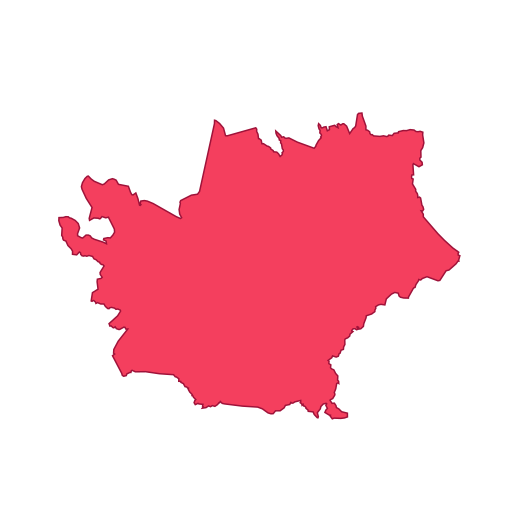 Mambasa, Orientale, Democratic Republic of the Congo, rotated 10°
{"feature_id": "63176286B5401694360976", "entity_name": "Mambasa", "entity_type": "district", "adm_level": 2, "iso_a3": "COD", "parent_name": "Democratic Republic of the Congo", "parent_adm1": "Orientale", "projection": "mercator", "projection_center": [28.693, 1.532], "detail": "fine", "context": "isolated", "style": "filled", "palette": "rose", "viewbox_px": 512, "rotation_deg": 10, "n_neighbors": 0, "source": "geoboundaries", "source_scale": "gbopen_adm2", "svg_char_len": 6092}
<svg xmlns="http://www.w3.org/2000/svg" viewBox="0 0 512 512"><g transform="rotate(10 256 256)"><path d="M145.1,396.8L146.6,397.4L149.0,396.3L149.3,394.5L152.0,392.6L153.0,392.4L153.2,390.5L153.9,390.1L157.3,391.0L167.3,389.1L181.3,388.7L195.4,387.2L197.5,389.0L198.5,388.9L201.3,390.3L201.7,392.8L203.7,392.6L204.0,393.5L206.7,394.3L208.8,397.0L210.5,397.0L211.8,398.1L212.4,397.9L212.5,399.2L214.4,401.5L217.3,403.6L217.2,404.6L218.1,404.7L219.0,406.0L221.6,407.8L220.9,408.9L220.5,411.2L222.0,412.9L224.5,411.2L225.4,411.6L229.5,411.3L229.4,413.2L230.1,413.7L229.5,415.2L233.1,414.0L235.3,411.9L237.4,412.3L239.0,410.9L241.6,411.2L243.9,409.0L245.0,406.9L245.6,406.9L246.1,405.5L248.3,407.0L250.7,407.1L268.6,406.2L283.9,404.5L288.8,405.4L295.0,408.4L298.1,408.8L300.3,408.3L302.1,405.1L306.7,404.2L310.1,400.6L310.9,398.0L315.0,396.4L315.8,394.1L316.8,394.7L318.0,394.4L319.6,392.9L325.1,390.5L325.4,392.2L325.0,392.8L326.7,393.7L327.3,395.0L328.1,393.9L328.9,395.4L330.1,395.5L331.5,396.5L331.6,397.3L333.9,398.6L334.4,399.9L339.3,399.6L340.9,402.0L344.4,404.6L345.1,404.6L345.3,403.4L343.6,399.7L345.9,395.3L346.0,393.0L348.0,390.0L350.6,388.9L351.3,389.3L350.7,390.9L352.8,393.7L351.6,395.5L351.0,398.1L355.9,400.0L357.0,399.9L356.9,400.8L359.4,403.1L361.1,402.1L367.7,401.2L371.3,400.1L374.0,398.6L373.3,394.9L367.4,394.5L364.1,392.2L361.5,391.3L360.7,389.4L358.7,387.3L356.5,387.9L354.0,385.3L354.1,384.7L356.3,383.1L357.7,379.4L357.7,378.4L356.8,376.8L357.6,373.0L357.6,367.6L358.8,366.7L359.6,367.1L359.1,365.0L357.9,364.1L357.4,359.9L354.8,357.8L352.4,354.6L350.0,354.0L348.8,353.1L348.6,350.2L346.4,349.3L346.2,347.0L345.1,346.3L348.3,343.0L348.7,341.1L352.5,341.6L354.5,340.4L354.8,337.8L355.7,337.1L356.1,334.0L358.3,332.8L358.1,330.3L358.9,327.7L358.0,323.2L358.3,322.1L360.5,320.7L362.2,318.5L362.1,316.7L364.6,313.6L363.2,313.2L363.2,312.7L364.3,310.8L366.2,310.4L367.7,311.2L368.9,310.6L369.3,310.1L367.7,308.4L368.0,308.0L369.4,308.4L370.1,310.1L371.8,309.5L374.0,306.7L373.9,304.0L375.1,297.8L375.0,295.7L380.0,293.0L382.7,290.1L382.5,288.4L383.1,286.7L382.6,285.1L385.2,282.8L387.5,281.9L391.4,281.8L391.8,275.6L396.0,270.0L399.0,267.8L402.5,267.9L403.9,270.6L405.4,271.5L408.8,271.7L413.4,271.0L413.3,269.9L416.4,261.0L416.9,260.0L418.1,259.3L418.4,256.5L420.4,251.9L420.3,250.9L422.4,251.0L423.7,249.3L428.0,246.7L439.5,248.8L441.3,248.1L445.8,237.5L448.5,236.3L454.4,228.9L455.7,226.1L456.7,225.8L456.3,225.0L456.7,220.3L455.0,220.0L454.6,218.3L455.0,217.1L448.2,213.8L438.9,207.9L431.3,202.5L414.0,188.4L413.5,185.8L410.8,182.8L412.3,182.7L413.0,180.9L411.8,178.4L410.6,177.2L408.0,170.3L406.7,169.6L405.1,170.3L404.8,168.3L404.0,166.5L402.0,164.5L401.7,162.6L397.6,157.9L397.4,152.9L395.9,152.6L395.4,150.8L395.4,149.2L397.1,148.7L394.7,139.0L395.0,137.7L401.0,139.8L404.0,137.3L403.3,134.9L400.6,132.9L400.3,131.3L401.3,130.0L400.0,123.6L401.3,120.4L401.7,115.5L399.1,107.9L398.8,105.1L396.0,104.7L393.9,105.5L391.8,105.6L389.8,104.5L385.8,104.8L382.5,106.4L379.2,106.9L374.8,108.8L374.8,110.0L370.7,111.2L369.3,113.7L365.7,113.9L365.0,115.2L364.0,115.7L360.7,115.5L357.3,116.7L351.0,117.3L349.4,116.3L348.3,116.6L346.9,115.6L346.4,114.0L344.1,112.8L342.3,112.6L341.7,109.0L336.5,99.9L335.5,96.8L332.3,97.7L331.4,99.1L331.6,110.7L330.8,112.4L329.5,113.7L327.0,119.2L322.7,112.4L319.5,110.5L318.3,110.8L316.8,112.3L314.2,111.3L313.1,112.6L314.5,115.4L312.4,114.8L310.8,113.6L305.7,116.0L306.4,118.8L304.5,120.3L302.5,116.5L300.3,117.3L299.3,118.2L297.9,118.4L296.7,116.2L294.7,114.8L294.6,116.8L296.0,119.9L297.3,121.2L297.5,123.7L299.2,125.0L299.6,126.2L299.0,127.6L299.6,128.3L297.6,131.4L295.8,136.6L295.9,137.4L294.6,139.8L277.0,136.7L267.9,134.0L265.2,134.9L264.0,134.8L262.6,133.8L260.6,134.6L259.5,133.1L253.8,129.5L254.4,131.7L255.9,134.0L258.3,136.1L258.8,137.7L260.3,138.1L260.6,140.3L261.6,141.1L263.3,145.8L264.4,146.7L264.8,148.2L263.7,149.9L264.3,150.7L264.1,151.8L262.5,153.8L260.4,151.4L258.4,150.1L255.2,150.3L254.6,149.2L251.9,148.0L251.6,147.0L249.3,145.9L247.8,145.8L243.9,144.1L242.3,144.4L241.0,141.0L238.8,139.9L238.1,140.0L236.8,135.7L235.0,133.2L234.7,131.0L233.5,129.8L206.7,142.7L205.1,142.8L201.8,135.7L197.1,131.8L192.9,129.6L191.6,129.5L192.1,132.9L189.2,202.2L187.7,205.3L181.8,207.3L172.2,214.5L171.8,216.2L172.4,217.5L172.2,223.6L173.6,228.0L176.1,231.2L175.1,232.2L170.6,231.1L145.6,222.2L139.4,220.8L136.4,220.8L133.0,221.9L132.8,224.5L133.8,225.4L133.2,226.3L132.5,226.2L129.7,219.9L126.7,214.8L124.3,217.2L123.1,217.2L121.4,215.1L118.2,209.5L108.1,209.3L105.1,205.6L103.0,205.0L101.2,204.8L97.7,206.6L94.1,211.4L92.3,212.5L83.7,210.5L80.3,208.8L77.0,206.4L76.0,206.8L74.1,209.4L72.4,213.9L72.0,218.0L73.1,220.5L78.8,228.7L86.1,236.7L85.2,247.9L85.9,249.8L89.7,246.7L94.1,246.2L95.3,246.6L96.2,246.2L97.5,243.9L101.4,244.5L103.9,243.4L111.8,254.0L112.6,257.1L111.4,260.3L109.4,263.5L106.9,263.7L103.1,265.2L103.0,266.6L105.8,267.3L106.6,269.9L103.0,268.9L93.8,267.6L91.0,266.7L89.3,265.0L87.3,264.5L85.0,264.9L82.2,268.4L80.6,268.3L76.8,267.0L76.4,265.0L77.4,259.0L75.3,254.9L71.8,252.4L67.5,250.9L65.6,250.8L64.4,250.0L61.9,250.3L59.5,251.5L55.3,252.4L55.7,255.5L57.7,259.6L60.2,262.1L61.1,269.5L62.4,271.0L62.8,272.6L63.7,273.8L66.2,274.3L69.0,278.4L72.6,280.9L74.5,283.1L75.0,286.2L79.2,286.0L81.4,282.7L82.6,283.3L83.1,284.8L84.6,286.0L86.5,286.0L87.3,285.4L89.4,285.6L91.4,284.5L95.1,284.8L96.9,286.9L99.3,287.5L101.4,289.0L103.1,289.3L103.8,290.4L105.3,291.2L106.7,291.1L108.1,292.2L105.3,299.3L105.8,301.2L108.2,303.7L107.4,304.9L103.8,306.4L104.0,309.0L106.2,316.1L101.3,320.5L101.5,328.9L102.4,329.1L103.4,328.1L104.1,328.1L106.0,329.3L106.6,330.5L108.1,329.4L111.3,330.2L114.6,329.7L116.4,331.8L119.1,333.5L120.4,333.4L120.8,332.5L122.6,331.7L125.8,331.9L127.3,332.8L129.2,332.2L131.8,332.9L132.2,333.8L130.1,339.0L123.0,348.1L124.3,350.4L125.4,350.0L127.7,351.4L128.5,351.4L129.6,350.2L131.1,351.8L133.7,352.2L134.5,352.0L138.2,349.0L139.4,349.0L140.4,350.5L142.4,350.2L135.1,363.8L132.2,372.7L132.6,376.5L133.8,377.1L132.0,379.1L144.0,394.7L145.1,396.8Z" fill="#f43f5e" stroke="#9f1239" stroke-width="1.5"/></g></svg>